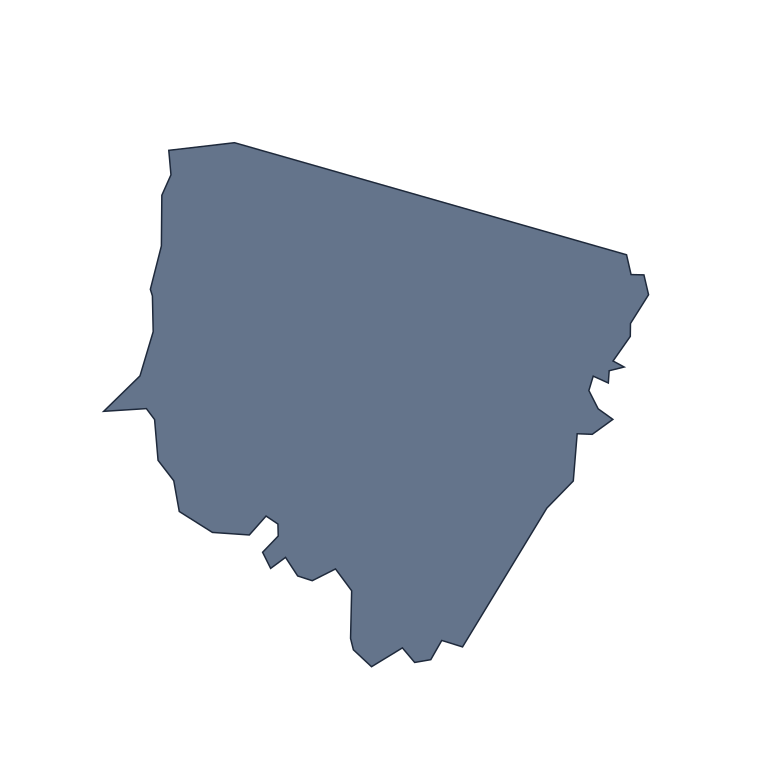 the district of Buckingham, Virginia, United States of America, rotated 256°
{"feature_id": "52423323B13800680110196", "entity_name": "Buckingham", "entity_type": "district", "adm_level": 2, "iso_a3": "USA", "parent_name": "United States of America", "parent_adm1": "Virginia", "projection": "orthographic", "projection_center": [-78.594, 37.563], "detail": "fine", "context": "isolated", "style": "filled", "palette": "slate", "viewbox_px": 768, "rotation_deg": 256, "n_neighbors": 0, "source": "geoboundaries", "source_scale": "gbopen_adm2", "svg_char_len": 819}
<svg xmlns="http://www.w3.org/2000/svg" viewBox="0 0 768 768"><g transform="rotate(256 384 384)"><path d="M281.5,181.6L270.1,216.8L284.4,237.6L273.8,247.2L262.1,244.6L250.1,225.5L232.5,229.4L239.6,246.5L218.6,253.8L210.5,266.8L216.3,292.2L191.2,302.6L145.2,290.0L133.5,290.0L112.7,303.5L123.5,338.0L106.4,346.4L105.2,362.7L121.2,378.0L109.9,396.6L224.2,512.0L244.1,544.2L289.0,559.4L284.8,573.9L294.3,597.5L308.1,585.8L328.1,581.2L341.0,588.9L330.7,601.9L342.4,605.7L342.4,621.1L350.9,611.8L370.6,634.5L383.1,637.8L406.6,662.3L427.0,662.6L430.4,650.2L450.7,650.6L654.3,297.3L662.8,231.7L638.5,227.9L620.9,214.1L571.8,201.4L532.4,180.2L525.5,180.6L490.6,172.7L450.9,149.2L425.3,105.4L417.6,147.5L405.0,152.8L364.6,146.3L341.0,156.6L309.8,154.5L281.5,181.6Z" fill="#64748b" stroke="#1e293b" stroke-width="1.5"/></g></svg>